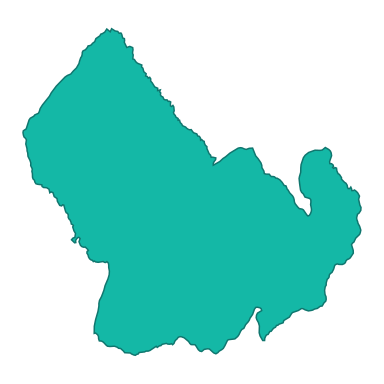 São Francisco, Minas Gerais, Brazil
{"feature_id": "56859067B81590421607020", "entity_name": "São Francisco", "entity_type": "district", "adm_level": 2, "iso_a3": "BRA", "parent_name": "Brazil", "parent_adm1": "Minas Gerais", "projection": "equal_earth", "projection_center": [-44.83, -15.858], "detail": "fine", "context": "isolated", "style": "filled", "palette": "teal", "viewbox_px": 384, "rotation_deg": 0, "n_neighbors": 0, "source": "geoboundaries", "source_scale": "gbopen_adm2", "svg_char_len": 5933}
<svg xmlns="http://www.w3.org/2000/svg" viewBox="0 0 384 384"><path d="M353.3,253.2L353.2,250.3L351.5,244.7L352.5,243.1L353.9,242.1L355.7,238.2L359.6,234.4L360.3,232.6L360.8,230.1L359.6,226.2L358.0,223.3L357.6,221.5L357.0,220.0L356.6,218.0L357.5,214.2L359.0,213.2L360.8,210.4L361.0,207.4L359.9,205.2L358.6,199.3L359.5,196.1L357.6,192.7L356.1,191.2L354.5,190.0L353.2,190.6L351.8,190.6L351.6,188.9L350.8,187.1L349.7,188.6L348.2,188.6L347.5,187.3L347.2,185.3L346.0,183.3L344.5,182.3L341.5,179.2L341.5,177.6L339.4,174.4L338.1,173.7L336.9,171.0L336.5,168.1L335.0,167.6L333.7,168.4L332.6,167.5L333.5,166.4L333.1,165.0L331.6,163.7L329.8,163.6L329.6,161.5L331.6,155.7L331.2,153.0L330.4,151.1L328.8,149.5L325.3,147.5L322.3,150.0L320.1,150.4L315.0,150.2L308.6,152.5L305.2,155.2L303.4,157.7L301.1,164.6L300.8,167.7L300.7,172.3L299.5,176.4L299.1,178.5L299.6,183.6L300.5,190.0L301.6,192.3L303.3,193.9L305.0,197.1L309.8,198.5L310.8,199.9L310.9,202.1L310.6,204.6L311.3,208.0L311.5,209.7L311.3,211.3L310.6,213.3L309.4,215.3L308.0,216.0L306.8,214.9L303.4,209.9L302.1,209.1L299.3,208.6L297.8,207.1L295.0,203.5L294.4,201.8L294.1,199.5L293.5,197.5L292.5,195.8L289.7,192.9L288.1,190.1L287.2,189.2L286.0,185.9L284.2,185.5L282.1,182.3L279.8,179.8L277.1,178.2L275.7,178.1L274.6,176.9L273.0,176.5L271.4,176.6L270.3,175.6L269.3,174.2L265.7,174.1L264.3,173.5L263.9,171.1L261.9,167.6L261.8,165.4L260.9,162.8L258.1,158.7L255.7,155.9L252.6,148.1L249.2,148.3L246.4,149.4L244.8,149.1L242.0,147.9L240.4,147.7L238.2,148.1L229.8,153.2L225.6,156.8L223.0,158.5L219.8,161.5L213.3,165.2L213.3,163.2L214.3,161.3L215.6,159.7L215.8,157.9L212.7,157.2L211.1,157.3L210.6,155.2L209.1,153.7L206.9,148.5L206.9,146.6L205.3,145.2L204.4,143.1L204.2,141.4L202.9,140.8L201.7,139.5L200.6,140.2L200.4,138.0L199.4,136.4L197.7,136.0L196.8,133.9L193.9,132.9L192.9,132.0L191.2,129.6L189.7,129.8L188.2,129.3L186.6,128.2L185.7,127.1L182.5,125.7L181.7,124.0L180.3,122.7L179.5,120.1L178.1,120.3L178.1,118.5L175.9,117.1L175.3,115.5L173.9,113.9L173.5,112.2L174.2,110.9L173.8,106.9L172.9,105.4L171.6,106.5L170.5,105.9L170.4,103.9L170.7,102.0L169.6,101.3L168.2,101.4L167.1,99.9L165.2,99.9L163.9,99.3L162.9,97.0L161.4,96.3L160.4,94.9L160.7,92.9L159.6,91.8L160.3,89.9L157.6,90.6L157.7,88.2L154.7,86.9L152.2,82.8L150.7,81.1L150.7,78.8L149.7,77.3L148.2,78.1L147.3,76.5L145.6,76.0L146.2,73.8L143.8,71.7L142.9,68.2L141.6,67.1L141.8,65.0L137.4,63.2L135.7,61.6L134.4,59.5L132.8,58.9L133.2,54.9L132.6,53.5L132.6,52.0L133.0,49.8L132.7,47.6L129.8,46.4L126.8,47.5L124.3,42.3L124.6,40.5L124.4,38.6L122.7,38.0L121.7,34.2L120.9,33.0L119.2,33.3L117.7,31.4L115.2,31.0L111.6,28.7L110.2,31.8L106.8,29.0L104.7,32.2L102.4,33.6L100.7,34.2L99.9,35.8L95.9,38.6L94.7,41.7L92.4,43.4L91.4,44.8L89.8,45.6L88.1,45.9L87.4,47.4L85.5,49.7L83.0,50.9L82.3,52.3L82.2,54.2L81.7,56.3L80.7,57.8L79.5,61.3L79.0,63.5L76.4,68.0L73.5,70.8L70.7,74.1L67.5,75.4L65.1,77.0L56.3,86.1L51.3,92.8L49.4,96.3L42.5,104.9L40.2,108.5L39.3,111.5L38.4,113.3L34.8,114.9L33.7,116.3L30.3,118.2L29.1,119.9L26.2,128.9L23.3,130.8L23.0,132.6L23.4,135.1L24.1,137.1L25.4,138.2L26.4,139.8L25.8,144.0L27.0,148.7L27.1,151.0L27.7,152.8L28.0,156.4L30.0,160.4L30.8,163.0L30.7,165.6L32.3,169.0L31.9,171.3L32.4,173.6L32.5,177.2L33.1,179.0L34.4,180.2L34.9,182.1L36.0,183.8L37.8,184.3L41.8,184.8L42.1,186.5L43.6,187.5L46.6,187.7L49.0,189.2L49.8,192.8L51.1,191.9L53.0,192.7L54.2,196.6L57.0,198.5L57.4,201.3L59.7,205.4L61.6,205.9L62.6,204.8L63.8,205.1L65.5,211.2L66.2,212.7L67.3,213.3L68.2,214.6L68.2,217.3L68.8,218.8L70.0,219.9L71.0,222.2L71.3,224.0L72.6,224.6L73.4,225.7L72.7,226.9L74.0,230.9L75.5,233.4L74.9,237.3L72.8,238.2L71.5,239.8L74.6,242.8L75.8,242.6L75.6,240.7L76.4,239.1L77.7,237.7L78.8,237.3L80.1,238.5L79.0,241.7L80.5,245.4L82.0,246.7L83.6,247.2L85.3,247.1L87.6,249.3L88.3,250.6L87.1,251.4L86.9,253.1L88.0,254.9L88.5,256.9L89.5,258.7L90.8,259.8L92.5,260.4L93.3,261.6L94.5,261.1L95.5,261.9L98.2,262.3L103.3,261.5L104.3,262.3L105.7,262.5L106.9,261.6L108.4,263.2L108.7,265.0L108.7,267.4L109.4,271.1L109.2,274.7L108.0,278.8L105.1,285.6L103.9,290.3L103.0,292.7L101.5,296.6L99.5,300.4L98.9,303.4L98.9,306.0L98.0,311.4L95.6,319.7L94.3,326.2L94.2,333.4L95.5,333.0L97.7,334.8L98.5,336.6L98.6,338.8L99.3,340.9L101.6,341.1L103.4,342.2L106.4,345.4L107.5,346.2L109.9,346.5L114.4,346.2L117.0,347.1L118.7,348.3L120.6,348.5L123.4,351.0L124.7,352.7L130.4,353.0L131.4,353.9L133.9,355.0L135.4,355.3L136.8,354.3L138.2,354.0L139.2,352.5L144.6,351.9L146.1,351.1L148.2,351.1L149.9,350.5L156.2,346.3L157.2,347.4L159.6,345.7L160.8,345.7L162.2,344.3L166.3,343.4L167.9,344.1L170.0,344.2L171.4,343.7L172.6,344.7L174.0,343.4L174.8,341.3L175.9,339.9L177.2,338.8L178.1,337.4L179.7,336.7L181.2,336.7L184.2,337.8L188.6,341.5L189.9,343.5L191.1,344.6L195.0,344.7L196.1,346.1L198.3,349.7L199.9,351.1L201.7,351.5L204.2,349.4L207.4,348.8L209.4,349.0L213.7,352.9L215.9,353.8L217.9,352.6L219.2,351.1L221.7,349.7L223.3,348.4L224.9,345.7L227.4,340.5L228.4,339.7L234.9,338.9L237.7,336.5L239.0,334.6L240.6,331.2L241.9,329.4L243.8,328.4L245.6,324.7L248.3,321.7L249.4,319.9L249.9,318.4L252.6,314.4L254.5,309.1L255.8,307.4L257.4,307.2L259.9,307.8L261.1,308.6L261.7,310.6L257.5,313.1L256.5,315.2L256.2,317.7L256.8,319.6L258.4,322.5L259.4,325.9L259.2,332.8L260.1,336.0L262.7,340.5L264.6,340.5L264.8,338.2L265.7,336.2L266.5,334.9L268.1,334.4L269.8,331.5L271.1,331.3L273.5,328.3L275.5,327.2L276.5,325.4L277.8,325.3L279.0,324.2L283.1,322.8L283.8,320.5L289.4,317.1L291.6,313.5L292.6,312.5L298.4,310.5L301.3,308.6L303.0,308.7L305.0,309.8L308.4,310.9L311.5,310.4L312.9,310.0L314.4,309.1L317.4,308.4L320.2,306.3L322.2,306.0L323.9,303.0L325.8,301.1L326.2,299.3L326.0,296.7L325.0,294.4L324.6,290.4L325.2,286.8L326.2,285.1L326.2,283.0L327.2,279.3L328.4,278.2L329.1,277.0L329.3,275.0L330.3,273.6L332.0,272.4L333.7,269.0L334.7,265.4L335.9,264.4L337.3,263.9L338.8,264.4L342.2,264.5L344.0,263.8L345.3,262.7L346.0,260.8L347.4,259.4L348.7,259.0L350.2,257.9L353.3,253.2Z" fill="#14b8a6" stroke="#0f766e" stroke-width="1.5"/></svg>